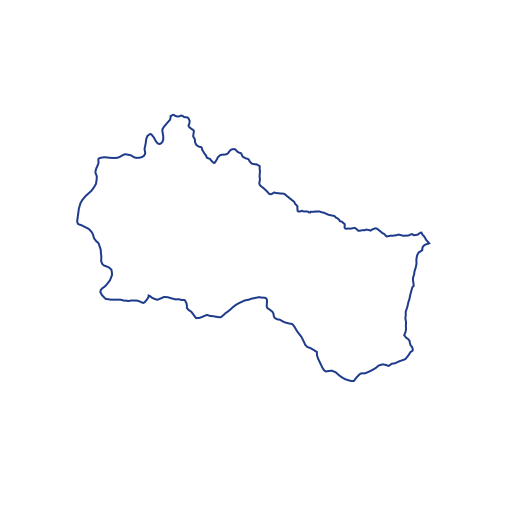 outline of Bjoka, Shemgang, Bhutan, rotated 144°
{"feature_id": "84629894B39816356167412", "entity_name": "Bjoka", "entity_type": "district", "adm_level": 2, "iso_a3": "BTN", "parent_name": "Bhutan", "parent_adm1": "Shemgang", "projection": "natural_earth1", "projection_center": [91.071, 26.964], "detail": "fine", "context": "isolated", "style": "outline", "palette": "blue", "viewbox_px": 512, "rotation_deg": 144, "n_neighbors": 0, "source": "geoboundaries", "source_scale": "gbopen_adm2", "svg_char_len": 6135}
<svg xmlns="http://www.w3.org/2000/svg" viewBox="0 0 512 512"><g transform="rotate(144 256 256)"><path d="M108.4,164.5L108.9,169.0L108.5,171.6L108.5,173.5L108.8,175.1L108.4,177.7L109.1,178.1L111.0,178.3L112.4,178.2L114.5,179.1L115.5,179.7L116.2,180.1L116.4,180.8L116.9,182.0L118.7,182.6L120.1,182.8L121.7,183.6L122.7,184.4L124.6,185.5L125.2,186.1L127.9,189.4L130.7,190.5L132.1,191.4L133.4,191.9L135.1,193.3L138.7,194.9L139.0,195.5L139.2,197.6L139.5,198.9L140.3,200.2L140.7,202.3L141.6,205.2L141.8,206.5L142.7,207.8L143.4,208.4L144.6,208.6L145.3,208.9L146.3,209.1L148.4,209.2L148.8,209.9L149.2,210.4L149.9,211.0L150.6,211.9L151.3,212.5L151.8,212.8L153.1,213.0L154.3,214.1L157.5,215.6L158.5,216.5L158.8,218.6L159.4,220.3L159.9,220.9L163.9,222.8L164.7,223.7L166.4,224.6L167.2,225.2L167.7,226.0L167.7,226.7L167.5,227.2L166.4,228.4L165.6,229.5L165.5,230.0L166.0,231.2L166.2,233.0L167.7,235.0L167.4,236.2L167.6,237.3L167.8,238.0L168.2,239.2L168.8,240.1L168.9,241.2L169.1,242.3L173.2,246.8L174.0,248.3L175.5,250.9L177.2,252.8L178.4,254.6L179.1,255.3L180.6,256.0L181.6,257.1L182.4,257.3L184.3,258.5L185.5,259.4L185.9,259.7L186.7,259.4L187.6,260.3L187.8,261.1L188.2,261.8L190.7,263.6L191.7,264.5L192.3,265.6L194.1,266.1L195.3,266.8L195.7,267.5L195.8,268.2L195.2,269.0L194.3,270.6L193.4,271.6L193.3,272.8L193.7,275.5L193.3,277.0L193.4,278.0L193.6,278.9L194.1,279.9L194.3,281.4L195.0,283.0L194.9,283.9L195.6,285.6L196.2,288.6L196.9,290.0L198.6,291.6L199.7,292.3L200.7,293.4L202.3,294.7L203.1,295.5L203.8,296.6L204.6,296.8L206.1,296.8L207.4,297.1L208.5,297.9L209.0,299.5L209.1,302.3L209.4,303.0L209.6,304.4L210.0,306.4L210.9,309.3L211.2,311.3L210.8,312.5L210.3,313.3L209.3,314.1L208.3,315.1L207.0,316.8L206.6,318.0L202.6,322.7L202.3,323.5L201.6,324.7L200.4,326.1L200.2,326.6L201.8,330.1L202.5,330.4L203.6,331.5L205.1,333.2L205.2,334.0L205.4,334.7L205.5,336.5L205.2,337.9L205.2,338.6L205.8,339.6L207.5,342.0L207.7,342.9L208.3,343.8L208.3,345.0L207.8,347.1L207.8,348.1L208.9,349.5L209.5,350.5L209.7,351.5L210.2,354.6L210.6,355.1L211.6,355.9L213.7,356.7L215.9,356.3L218.6,355.5L220.5,355.8L222.9,357.2L224.4,358.2L226.0,358.6L227.9,358.4L229.0,358.2L230.4,357.4L232.4,356.5L234.7,355.7L235.6,356.3L236.2,360.3L236.2,361.7L237.8,364.0L237.9,365.3L237.5,365.8L237.3,366.9L237.5,369.1L237.2,372.1L237.1,373.7L236.6,374.6L236.3,375.3L236.5,376.6L237.7,377.7L238.4,379.0L238.9,380.7L238.9,381.6L238.7,382.8L238.3,384.0L237.7,385.0L237.1,386.0L236.7,387.3L236.7,388.8L236.5,389.6L236.1,390.2L232.8,393.6L232.7,394.9L233.6,396.9L233.7,397.6L234.2,399.1L234.2,399.9L234.1,400.7L233.7,401.4L232.5,402.0L231.1,403.3L230.5,404.0L230.2,404.6L229.9,406.1L229.7,407.3L229.9,408.0L230.2,408.5L231.5,409.8L232.4,410.5L232.6,411.0L233.0,412.3L233.3,412.8L233.8,413.5L236.2,414.2L237.4,414.9L238.0,415.5L238.3,416.0L238.8,416.5L239.1,417.1L239.2,417.7L239.8,418.7L240.3,419.0L242.9,419.4L243.2,418.8L245.3,416.8L249.9,415.8L255.0,414.5L256.9,413.7L258.1,412.5L260.5,407.7L262.5,404.8L264.5,403.4L266.1,403.0L267.9,403.1L268.6,403.7L269.3,404.8L269.6,407.0L269.4,409.2L269.1,410.6L269.0,412.0L269.1,415.2L269.3,416.1L269.8,416.8L270.9,417.0L273.1,417.0L276.0,415.2L279.3,411.7L283.2,408.2L284.1,406.4L285.0,404.6L285.9,403.7L288.0,402.9L290.2,403.1L292.5,404.0L295.4,405.9L296.9,408.1L297.9,410.8L300.0,413.2L302.1,415.3L304.3,415.9L308.2,416.3L310.3,416.9L311.7,417.7L315.2,420.2L320.3,424.8L322.9,426.3L325.3,427.2L326.2,427.2L327.0,426.6L328.2,424.5L329.5,423.2L333.8,420.7L336.0,419.0L337.0,417.6L337.4,415.9L338.0,414.0L340.0,411.5L343.1,408.4L347.0,406.7L350.8,405.5L358.4,404.7L363.0,403.6L366.7,402.1L371.4,398.5L380.1,389.4L380.7,388.3L381.0,387.4L381.1,386.5L380.8,385.8L379.1,383.5L375.4,376.2L375.0,373.3L374.9,371.5L375.1,370.0L375.5,368.4L376.6,365.7L376.6,364.0L376.5,361.5L376.0,360.0L376.0,358.4L377.9,352.4L379.9,349.3L381.1,347.0L382.5,345.1L384.3,342.9L384.5,341.8L384.9,340.8L385.0,339.6L384.8,338.5L384.3,337.1L383.8,336.6L381.8,333.4L381.0,330.0L382.3,327.3L383.6,325.3L388.4,322.2L393.5,320.7L396.3,320.2L399.7,320.2L401.6,319.7L403.1,318.4L403.6,315.1L403.3,312.6L402.8,309.6L402.1,309.0L399.2,306.1L391.5,300.5L388.8,297.3L386.8,295.8L386.0,294.7L382.7,293.1L378.3,289.7L377.0,287.9L375.0,284.4L373.5,284.0L370.2,284.8L367.3,285.8L366.1,287.1L365.2,285.6L364.7,283.4L363.7,281.6L362.4,279.7L362.1,279.1L361.6,278.6L356.6,277.3L355.3,277.2L354.1,276.6L351.7,274.6L348.6,270.6L346.8,268.4L343.8,266.3L341.8,263.9L340.1,262.8L339.6,262.1L339.7,260.8L340.1,258.5L341.0,256.6L342.5,254.5L342.3,252.2L341.1,248.8L341.0,241.1L340.4,240.6L338.2,239.2L336.2,238.6L330.4,237.2L328.2,234.3L326.4,232.8L321.5,227.8L320.2,227.1L316.3,227.4L314.2,227.7L311.8,227.6L308.1,227.8L304.6,228.2L300.8,228.3L299.4,228.1L296.4,227.7L294.6,227.3L292.1,226.9L289.2,225.8L287.9,225.0L284.7,224.1L279.9,221.9L278.3,221.2L277.4,220.7L276.8,219.8L274.2,217.7L272.9,216.5L272.7,215.2L273.1,213.7L277.0,208.9L277.4,207.3L276.1,203.5L275.5,201.2L275.7,199.3L276.8,197.1L277.3,195.3L277.0,194.3L276.4,193.0L275.3,191.4L274.3,190.7L272.0,185.8L269.4,182.5L266.8,179.8L266.5,177.9L266.5,176.2L267.0,171.0L266.8,163.9L267.8,157.8L268.4,155.4L268.0,152.4L265.9,149.1L264.6,146.2L263.8,144.0L263.1,142.7L265.1,139.7L266.2,136.0L267.9,126.8L268.1,124.6L268.1,123.4L267.4,121.6L262.2,118.8L259.9,115.2L258.8,110.2L257.4,106.3L256.0,103.5L252.8,99.3L250.9,97.7L249.9,97.4L248.4,98.0L245.3,98.8L241.6,99.4L239.6,99.1L237.7,97.6L236.4,96.9L233.0,96.1L229.0,95.4L224.9,95.0L221.3,95.3L217.2,93.9L214.7,91.2L213.9,89.8L213.3,89.1L209.4,89.0L206.9,87.6L201.5,86.5L198.2,85.4L195.7,84.8L190.6,86.2L187.5,87.5L185.3,87.3L184.1,88.1L183.3,90.3L183.4,93.0L182.8,94.8L181.7,97.0L181.8,99.4L182.6,101.8L182.6,104.9L179.9,106.5L177.7,108.5L176.1,111.0L173.5,114.3L171.7,118.0L169.6,120.1L167.8,122.8L163.2,126.1L159.5,129.4L158.0,130.3L153.9,134.0L149.3,137.7L147.8,138.8L145.9,139.2L144.4,141.8L143.1,144.4L141.5,146.3L139.0,148.1L137.1,150.1L135.1,151.7L133.8,152.6L130.8,155.3L128.0,159.3L125.3,161.8L123.3,162.8L121.9,163.3L121.2,163.1L118.0,163.0L117.0,164.4L115.6,165.4L113.6,165.8L112.1,165.6L110.1,165.0L109.1,164.6L108.4,164.5Z" fill="none" stroke="#1e3a8a" stroke-width="2"/></g></svg>